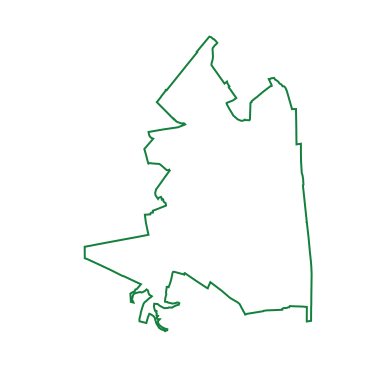 Mircea Voda, Constanta, Romania, rotated 259°
{"feature_id": "2599482B76802521159862", "entity_name": "Mircea Voda", "entity_type": "district", "adm_level": 2, "iso_a3": "ROU", "parent_name": "Romania", "parent_adm1": "Constanta", "projection": "robinson", "projection_center": [28.188, 44.308], "detail": "fine", "context": "isolated", "style": "outline", "palette": "green", "viewbox_px": 384, "rotation_deg": 259, "n_neighbors": 0, "source": "geoboundaries", "source_scale": "gbopen_adm2", "svg_char_len": 5845}
<svg xmlns="http://www.w3.org/2000/svg" viewBox="0 0 384 384"><g transform="rotate(259 192 192)"><path d="M294.4,183.1L292.2,180.5L291.3,179.7L290.9,179.3L288.4,176.4L286.9,174.6L281.7,178.1L273.8,183.4L269.7,186.1L268.0,187.3L267.1,187.8L267.4,188.1L265.6,189.3L265.4,189.5L265.1,189.7L264.8,189.6L264.1,190.3L263.7,190.8L263.2,191.5L262.1,193.4L261.5,194.3L261.3,194.6L261.2,195.0L261.1,196.7L261.0,196.8L260.9,197.2L260.6,197.6L260.2,197.9L259.6,198.2L258.2,190.6L258.9,175.8L259.2,160.8L257.2,160.8L255.8,160.9L255.0,161.1L254.3,161.4L253.5,161.9L252.9,162.4L251.7,164.1L243.3,153.4L237.9,153.9L228.4,154.5L228.1,154.7L228.1,154.8L228.4,155.4L228.4,155.8L228.4,156.2L227.7,158.2L225.8,165.1L225.7,165.3L225.2,165.9L223.9,167.0L219.4,170.5L218.7,171.0L218.4,171.4L218.1,171.9L218.0,172.5L218.2,173.8L217.8,173.8L217.3,174.2L211.1,167.5L210.0,166.4L201.6,157.5L201.5,157.3L198.2,155.7L195.6,155.6L191.8,157.3L192.5,157.8L193.1,160.6L192.3,160.9L191.9,161.0L190.9,160.9L190.2,161.0L190.2,161.3L190.5,161.8L190.5,162.1L190.3,162.2L190.0,162.3L188.7,162.3L188.2,162.3L187.8,162.4L187.5,162.6L187.0,163.2L186.5,163.5L186.2,163.9L184.9,164.0L183.6,163.9L181.3,151.4L181.2,150.8L181.1,150.0L180.3,149.9L179.3,149.7L179.5,148.0L179.3,147.5L178.8,147.1L178.0,146.8L178.6,142.1L178.7,141.4L170.8,140.9L158.3,141.1L158.3,130.4L158.5,109.3L158.6,97.8L158.7,76.2L147.9,74.2L147.5,74.1L147.4,74.2L146.7,75.3L146.4,75.8L145.9,76.7L142.2,81.8L130.8,97.5L122.9,107.7L122.6,108.4L121.8,109.8L121.7,109.9L119.4,113.0L116.8,116.5L111.2,124.3L107.3,119.3L107.1,117.8L105.9,117.2L105.5,116.8L105.3,115.7L104.7,113.8L104.0,112.1L96.2,111.1L95.8,111.0L94.6,113.5L95.5,113.4L96.1,113.2L97.5,112.6L98.0,112.5L98.6,112.9L99.6,113.4L100.2,113.6L100.9,113.9L101.9,114.5L102.5,114.8L102.8,115.1L103.0,115.3L103.3,116.3L103.6,118.2L103.7,120.5L103.6,122.4L103.3,122.7L103.0,123.2L103.0,123.7L103.0,124.2L103.2,124.8L103.8,126.8L103.9,127.1L104.5,127.9L104.6,128.3L105.0,128.8L104.6,129.2L104.0,129.7L103.4,130.0L102.9,130.1L101.9,130.0L100.7,130.1L100.2,130.2L99.4,130.5L99.0,130.8L97.3,132.7L96.5,131.4L95.8,129.7L93.9,126.6L92.7,124.3L92.4,124.0L91.6,123.2L90.9,122.8L88.3,121.3L84.5,119.3L83.1,118.6L81.2,118.0L78.4,116.6L77.9,116.4L76.7,116.0L75.1,115.8L72.1,122.2L77.4,124.8L80.6,126.9L80.5,127.2L80.0,127.9L77.8,130.3L76.9,130.8L76.4,131.0L76.1,131.2L76.0,131.4L75.8,131.5L75.5,131.5L73.4,131.5L72.0,131.8L71.1,131.8L70.2,131.9L68.0,132.6L67.0,133.0L66.3,133.4L65.9,133.5L65.4,133.6L65.2,133.6L64.0,134.7L62.8,135.9L62.4,137.0L62.1,137.5L61.1,138.5L60.5,139.1L61.1,140.4L61.0,141.3L61.6,141.5L62.0,141.6L63.1,139.3L64.1,138.1L64.7,137.1L65.8,136.1L67.3,134.8L69.2,133.9L69.8,133.8L71.1,133.9L71.8,134.0L72.3,134.5L72.7,135.4L73.3,136.1L73.5,135.3L73.5,134.7L73.9,134.0L74.4,133.5L75.7,133.7L76.4,134.0L76.7,134.3L76.7,135.0L76.9,135.1L77.4,134.1L77.7,133.6L78.8,134.0L79.6,134.2L80.6,133.8L81.7,134.5L82.0,134.5L82.4,133.8L82.6,133.3L82.6,133.0L85.5,132.8L87.0,132.8L89.5,133.6L88.6,136.9L86.5,138.6L83.3,142.5L83.1,143.7L82.8,146.4L83.1,147.3L82.3,150.5L83.1,152.4L83.9,156.3L83.8,157.4L85.3,158.3L86.0,157.6L86.4,155.7L86.0,154.7L86.2,151.9L86.6,150.6L88.2,147.1L88.8,146.8L89.1,145.5L89.4,144.6L89.9,144.6L93.1,145.6L96.3,147.2L98.9,147.4L99.7,147.8L103.7,149.1L103.7,149.7L103.0,150.9L107.0,153.3L111.0,155.3L115.9,157.3L117.0,157.9L117.2,159.0L114.2,165.1L112.7,168.1L112.4,168.6L113.8,169.2L113.8,169.4L104.4,178.7L94.7,188.6L94.4,189.1L95.2,189.5L99.8,192.7L99.6,192.9L99.8,193.0L89.4,202.3L86.4,204.7L80.8,209.1L77.2,213.2L76.5,214.0L74.9,215.8L74.2,216.3L73.6,216.9L73.0,217.3L71.6,217.8L69.9,218.3L68.3,218.7L66.2,219.5L65.2,219.6L63.7,220.3L61.5,220.8L61.5,221.4L61.7,221.6L61.9,222.0L61.9,223.2L61.4,239.2L61.5,239.3L61.7,239.6L61.7,240.0L61.5,243.0L60.2,251.2L59.2,258.1L59.9,258.2L60.0,258.2L60.1,258.4L60.3,258.7L60.4,259.5L60.5,259.7L60.3,261.9L60.2,262.3L60.1,262.9L60.4,264.2L60.5,265.0L60.3,265.3L60.5,265.6L61.1,266.1L61.3,266.2L61.3,266.5L60.2,270.8L59.3,275.0L58.1,279.9L57.2,282.8L45.3,280.4L43.0,280.0L42.8,284.3L56.3,287.0L58.2,287.5L65.7,289.0L88.8,293.8L95.4,294.8L100.3,295.4L111.9,296.4L123.6,297.6L141.0,299.0L141.0,298.9L141.2,299.0L146.9,299.5L158.4,300.5L169.8,301.5L177.4,302.1L177.9,302.8L180.2,303.1L181.4,303.2L182.3,303.4L183.9,303.6L185.9,303.6L186.5,303.7L188.1,303.6L189.7,303.4L191.2,303.5L192.7,303.8L193.8,303.9L201.2,304.9L206.4,305.8L207.6,306.0L218.6,308.1L218.8,303.7L223.0,304.4L236.5,306.9L253.6,309.9L254.2,306.6L254.2,306.0L271.6,304.5L274.6,304.1L274.7,303.9L275.4,303.9L276.7,303.5L278.0,302.6L278.2,302.4L278.4,302.1L278.5,301.1L278.9,300.9L279.5,300.7L280.1,300.5L280.8,299.9L281.5,298.9L281.9,298.6L283.7,297.8L284.3,297.3L285.0,296.7L285.5,296.3L286.1,295.5L286.6,294.9L288.3,294.4L288.4,292.7L288.5,291.1L288.1,290.6L288.2,288.9L282.8,290.3L282.2,290.5L280.9,290.5L280.8,290.2L280.8,289.0L276.7,280.7L273.7,275.3L273.1,274.4L272.8,273.9L272.7,273.5L272.4,273.0L272.2,272.4L269.7,267.8L269.3,267.8L269.1,267.7L268.8,267.6L268.7,267.2L268.5,266.6L268.3,266.4L265.7,265.8L252.4,262.8L251.5,262.1L252.0,260.1L252.2,258.9L252.3,258.3L252.7,257.3L252.8,257.3L252.5,256.6L252.3,255.5L252.3,254.9L252.5,254.0L252.8,253.4L253.4,252.5L254.3,251.2L254.7,250.6L257.7,248.3L258.8,247.4L259.2,247.1L260.4,246.7L261.7,246.3L265.9,244.7L270.3,243.3L271.9,242.9L272.7,242.9L273.1,244.5L274.0,249.3L274.2,250.0L275.8,253.4L285.7,249.0L286.9,248.3L288.0,248.0L288.4,248.9L291.6,247.6L293.7,247.4L292.2,244.6L312.8,235.3L314.0,235.6L314.9,235.9L318.2,237.6L321.1,238.5L324.0,238.8L324.9,239.0L328.4,239.4L328.8,239.6L329.7,240.2L331.7,242.5L332.1,243.2L332.3,243.7L333.6,245.3L336.1,243.9L337.9,242.6L338.0,242.1L339.2,241.2L340.4,240.2L341.2,238.7L328.7,223.4L328.2,223.8L316.2,209.5L315.9,209.2L296.7,186.5L297.3,185.9L297.3,185.7L296.6,185.5L296.2,185.1L294.4,183.1Z" fill="none" stroke="#15803d" stroke-width="2"/></g></svg>